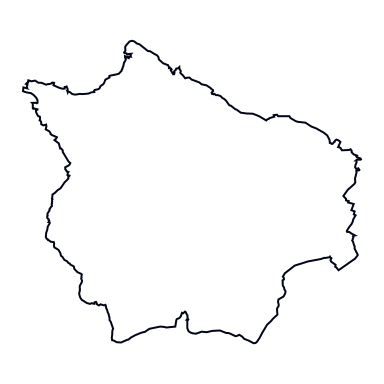 Capusu Mare, Cluj, Romania (Natural Earth projection)
{"feature_id": "2599482B21022816483302", "entity_name": "Capusu Mare", "entity_type": "district", "adm_level": 2, "iso_a3": "ROU", "parent_name": "Romania", "parent_adm1": "Cluj", "projection": "natural_earth1", "projection_center": [23.238, 46.782], "detail": "fine", "context": "isolated", "style": "outline", "palette": "ink", "viewbox_px": 384, "rotation_deg": 0, "n_neighbors": 0, "source": "geoboundaries", "source_scale": "gbopen_adm2", "svg_char_len": 5772}
<svg xmlns="http://www.w3.org/2000/svg" viewBox="0 0 384 384"><path d="M244.2,338.9L248.5,340.5L253.6,343.2L255.1,343.1L256.6,342.3L259.6,337.9L262.2,332.9L267.1,324.7L270.8,321.3L273.0,318.7L277.4,314.7L277.0,309.2L277.2,308.2L278.5,306.3L278.7,304.5L278.0,301.9L278.5,299.4L283.6,296.5L285.3,293.1L285.5,291.1L284.4,289.5L284.0,287.4L282.8,285.6L282.6,280.3L283.9,279.5L283.9,278.2L282.9,276.6L284.8,273.3L294.7,265.6L308.1,261.4L321.0,259.0L324.4,257.8L325.3,258.0L328.7,257.3L329.9,257.4L330.1,256.9L330.5,257.6L331.4,258.2L330.5,260.1L331.2,261.7L335.6,264.8L335.2,266.8L336.2,267.3L338.6,270.2L355.1,258.6L357.3,255.8L357.8,254.9L354.6,248.6L354.6,246.0L354.0,245.2L353.2,242.2L352.2,240.4L352.8,239.5L352.8,238.4L353.5,237.2L353.1,236.4L353.5,236.1L353.4,235.6L354.9,235.4L350.9,233.2L349.4,232.0L347.1,231.9L346.8,230.9L349.1,227.2L351.5,224.1L352.5,222.2L353.3,219.3L355.6,215.3L353.8,214.4L354.6,211.4L351.4,210.2L353.7,204.0L348.1,202.5L348.7,201.1L346.0,200.4L346.0,198.9L343.4,196.0L347.7,189.9L354.3,184.0L355.3,182.5L355.0,178.6L356.5,172.7L356.3,170.7L358.9,170.4L359.4,169.9L358.3,168.3L356.4,169.0L355.1,167.3L355.4,165.2L356.6,162.4L356.5,160.4L356.0,160.4L356.8,159.7L360.5,159.7L361.0,159.4L360.6,158.5L356.8,157.1L356.8,156.6L356.2,156.2L356.3,155.6L356.6,155.4L353.9,154.5L351.8,152.5L351.5,151.8L351.8,151.1L350.6,149.3L349.0,150.0L341.9,150.3L340.4,147.8L339.2,147.5L339.0,146.9L338.2,146.9L340.4,142.0L338.6,140.4L336.4,139.6L335.0,140.7L334.8,141.6L334.2,141.8L332.5,143.9L331.4,143.8L330.2,142.4L329.8,142.6L329.5,139.8L327.2,135.4L324.0,132.8L316.4,128.5L311.3,126.5L305.5,122.7L297.7,121.8L295.8,121.2L290.4,118.0L289.4,116.2L278.1,116.2L276.9,114.7L273.7,115.1L274.2,116.7L269.3,118.2L268.9,118.8L267.1,119.5L266.3,120.5L259.1,116.2L252.8,113.7L246.8,113.5L240.8,112.7L236.7,109.7L235.1,109.1L230.9,105.7L229.3,105.3L226.0,100.6L224.1,98.9L222.4,98.0L220.6,96.1L217.8,95.1L215.9,95.1L214.5,93.9L213.5,94.3L213.2,94.0L212.0,93.9L211.6,92.6L213.1,91.3L212.8,89.8L211.7,89.3L210.4,87.9L206.4,85.3L201.6,84.3L199.3,82.4L191.5,79.5L189.5,77.6L187.1,77.7L185.2,78.3L182.7,75.1L180.5,73.2L180.3,72.7L180.8,71.2L179.4,68.6L179.3,67.1L178.1,68.3L176.2,68.6L175.7,70.0L174.2,71.3L173.9,72.3L174.5,72.8L174.1,74.2L173.2,74.3L170.7,70.1L171.6,69.3L171.3,68.9L170.3,68.1L169.1,68.1L169.3,67.4L169.0,67.4L168.1,65.2L163.2,63.3L159.4,59.9L158.9,59.4L158.4,57.1L157.2,55.4L154.6,54.1L149.9,51.1L148.0,51.1L139.6,44.4L136.9,43.5L134.2,41.4L132.1,40.8L129.5,41.5L125.9,45.6L125.2,46.9L125.4,50.7L124.1,52.5L124.4,53.0L126.5,53.4L126.9,54.2L131.2,53.8L130.4,54.7L130.8,55.9L130.0,56.4L130.3,56.7L128.2,56.6L128.7,57.3L129.3,57.2L128.8,58.2L125.0,56.2L125.1,57.7L125.9,59.1L124.9,61.5L124.1,62.5L123.2,66.6L122.5,67.8L122.4,69.0L121.8,69.5L121.6,70.8L118.6,73.9L109.6,75.8L109.3,76.0L109.5,77.5L105.4,79.6L104.1,83.0L103.0,84.4L100.6,86.0L99.4,88.5L97.9,89.3L94.7,90.0L94.0,90.9L94.3,92.0L91.3,92.4L88.7,93.5L86.2,93.8L82.3,94.1L79.8,93.9L75.6,94.6L73.6,94.4L72.0,93.9L70.2,92.3L68.3,91.4L67.9,91.5L67.7,92.2L67.1,90.5L67.6,89.9L67.7,89.2L66.6,86.5L65.5,87.0L64.7,87.0L64.7,88.6L62.4,88.7L59.7,88.0L53.4,85.2L54.2,83.0L53.9,82.7L53.2,83.1L52.2,82.6L51.0,83.6L48.9,84.2L48.1,84.0L46.1,84.7L41.5,82.8L38.3,82.7L35.1,80.6L31.4,81.3L28.3,80.3L27.7,82.7L26.9,83.0L26.0,83.9L26.8,84.2L27.3,83.9L27.1,84.3L27.5,84.9L27.0,85.9L27.1,87.5L26.2,87.8L26.6,88.2L23.4,87.4L23.0,91.2L26.1,92.3L31.0,93.2L33.8,95.1L36.2,97.7L37.5,100.1L37.5,102.8L36.8,103.3L35.6,102.8L32.2,102.9L32.6,103.3L32.8,104.6L32.8,107.9L33.3,108.0L33.3,108.5L32.6,109.1L34.2,108.6L37.5,109.3L37.4,109.7L36.2,109.4L35.9,110.0L36.1,112.2L37.9,115.9L39.9,116.7L40.1,119.0L39.6,120.3L40.7,121.1L41.2,122.3L41.2,124.2L43.3,125.4L46.1,124.6L46.4,126.3L45.7,129.4L49.3,131.3L50.7,133.5L50.5,133.9L51.6,134.9L56.9,137.2L56.1,138.7L54.5,140.1L58.8,143.4L60.2,148.5L60.8,148.3L62.4,149.9L62.8,150.6L62.7,151.9L68.5,161.5L70.3,163.1L69.7,164.4L68.6,165.5L65.2,167.3L65.3,169.4L66.4,170.4L66.6,171.4L68.4,172.0L67.8,172.8L67.5,175.1L69.5,175.7L69.4,176.0L68.2,176.9L68.4,177.9L68.2,178.8L64.5,182.5L60.6,188.2L57.4,190.4L54.9,192.9L52.5,194.5L52.2,197.9L51.9,198.5L52.5,199.2L52.0,200.0L52.2,201.5L51.9,202.3L52.1,203.3L51.6,204.1L52.0,206.0L50.6,207.3L50.0,208.7L49.5,209.1L49.5,210.4L47.5,213.6L47.4,214.3L47.7,215.7L47.2,216.1L47.2,217.8L48.6,219.3L48.5,220.0L49.2,220.4L49.2,221.3L48.7,222.0L49.4,222.0L49.8,223.0L47.7,226.8L47.3,229.6L46.2,232.8L45.8,237.2L46.7,238.8L47.6,239.1L48.1,240.2L48.9,240.3L50.7,241.7L53.9,242.2L54.1,243.4L54.0,246.1L54.4,247.4L58.4,249.8L60.5,253.4L60.6,254.6L61.2,255.9L62.4,256.9L64.4,259.9L67.0,261.2L68.3,262.9L69.9,263.7L70.2,264.5L73.8,266.4L74.4,269.0L77.5,272.2L81.5,274.0L81.8,274.9L81.4,276.4L81.6,277.3L81.2,278.6L82.0,280.5L81.9,281.9L79.8,285.9L79.7,287.5L80.0,289.5L79.7,290.1L79.8,291.2L79.3,292.4L79.2,294.1L80.2,297.5L81.7,299.8L86.8,303.0L90.0,303.9L91.6,303.2L94.3,303.8L94.5,302.4L96.0,301.9L96.6,302.9L96.8,304.1L98.6,305.3L99.3,305.3L100.4,304.3L104.1,305.4L105.3,304.8L105.7,305.2L106.3,308.5L107.1,309.8L107.7,312.4L108.6,314.0L109.1,316.5L109.5,317.6L109.6,320.3L110.7,321.7L113.1,328.6L112.6,329.9L112.2,332.4L112.3,333.8L111.8,337.7L112.1,340.2L114.1,340.7L116.7,342.2L121.0,342.5L127.2,339.8L128.6,339.5L130.7,337.7L135.2,335.2L141.4,332.7L145.0,331.8L149.4,328.8L160.1,326.6L164.0,326.9L166.4,327.5L175.3,326.6L176.3,320.2L176.8,319.1L179.1,318.2L180.7,316.6L182.0,312.8L183.1,313.3L185.0,311.6L186.0,312.4L186.2,313.4L187.5,315.6L187.4,317.0L187.8,318.3L186.7,319.8L188.0,319.9L187.3,321.2L187.3,328.2L188.6,331.3L190.8,332.7L193.1,333.4L196.0,333.7L201.7,331.7L206.7,332.2L212.3,330.9L219.9,330.5L226.3,333.0L228.3,333.0L229.9,333.5L235.5,336.2L237.3,335.8L239.3,334.8L242.2,336.6L244.2,338.9Z" fill="none" stroke="#020617" stroke-width="2"/></svg>